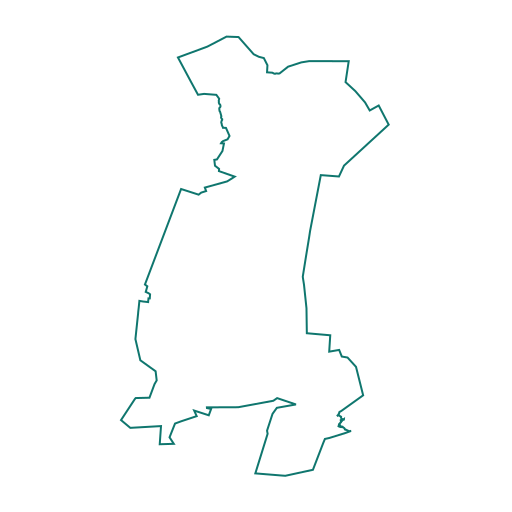 the district of Banámichi, Sonora, Mexico, rotated 94°
{"feature_id": "50627088B68944131147189", "entity_name": "Banámichi", "entity_type": "district", "adm_level": 2, "iso_a3": "MEX", "parent_name": "Mexico", "parent_adm1": "Sonora", "projection": "natural_earth1", "projection_center": [-110.155, 30.063], "detail": "fine", "context": "isolated", "style": "outline", "palette": "teal", "viewbox_px": 512, "rotation_deg": 94, "n_neighbors": 0, "source": "geoboundaries", "source_scale": "gbopen_adm2", "svg_char_len": 4297}
<svg xmlns="http://www.w3.org/2000/svg" viewBox="0 0 512 512"><g transform="rotate(94 256 256)"><path d="M86.8,333.0L99.2,325.1L97.9,319.1L98.0,306.8L101.7,303.7L103.8,304.0L104.4,303.8L105.5,303.8L106.1,303.6L106.5,303.4L106.9,303.2L107.2,302.7L107.4,302.4L107.8,302.2L108.8,301.9L109.4,301.9L110.0,302.1L110.8,302.8L111.3,302.9L111.9,302.9L112.8,302.7L113.9,302.5L114.6,301.9L116.5,301.2L119.0,300.3L119.5,300.5L120.3,300.5L120.9,300.2L121.4,299.9L121.8,299.3L122.5,299.2L123.1,299.5L123.8,299.8L124.6,299.9L125.0,300.0L125.5,299.9L126.0,299.7L126.6,299.4L127.2,299.3L127.8,299.2L128.8,298.7L129.7,298.1L130.4,297.9L130.3,294.9L138.1,290.8L141.6,292.5L143.7,296.9L144.8,298.1L146.0,298.7L146.0,295.8L153.6,296.8L162.4,301.7L163.0,304.3L168.8,303.2L171.7,298.9L173.9,298.9L178.3,282.8L179.9,284.9L183.6,290.0L191.3,311.8L194.7,310.3L196.6,315.1L198.8,317.5L194.4,335.4L292.2,364.8L293.8,362.3L297.7,363.1L299.5,363.5L300.6,360.6L301.6,359.0L305.7,359.0L305.8,360.2L305.8,360.3L306.8,360.3L308.1,360.4L309.5,360.4L309.4,362.3L309.3,364.6L309.3,365.3L309.1,367.3L308.9,369.2L309.3,369.2L315.8,369.4L320.1,369.6L321.7,369.6L347.3,370.5L368.1,364.1L378.0,348.1L387.0,346.4L390.9,348.3L404.8,352.4L406.1,366.1L407.0,366.8L429.1,379.2L436.2,369.4L432.3,338.9L450.5,338.9L449.1,324.9L442.9,329.6L428.8,325.1L426.1,319.1L419.9,304.0L414.5,306.9L418.2,292.0L411.7,290.1L411.1,294.3L410.4,294.4L408.1,263.2L399.2,228.6L396.3,225.0L401.3,205.8L406.0,224.6L412.3,228.5L429.5,232.8L432.5,232.0L472.9,241.5L473.2,214.4L473.2,211.4L465.3,184.3L437.9,175.9L433.7,174.5L432.4,170.1L426.3,154.4L423.9,149.0L423.9,149.5L424.1,150.1L424.2,150.3L424.2,150.5L424.3,150.6L424.3,150.8L424.3,151.0L424.2,151.1L424.1,151.3L424.0,151.5L423.9,151.8L423.8,152.3L423.7,152.6L423.6,152.8L423.4,153.1L423.3,153.3L423.2,153.5L423.1,153.8L423.1,154.0L423.1,154.3L423.1,154.6L423.0,154.8L422.8,154.9L422.8,155.0L422.7,155.2L422.7,155.3L422.4,155.4L422.2,155.5L421.7,155.8L421.5,156.0L421.4,156.1L421.3,156.3L421.2,156.6L421.1,156.8L420.9,157.0L420.8,157.3L420.4,157.6L420.2,157.8L420.2,158.0L420.3,158.2L420.5,158.2L420.7,158.3L420.7,158.5L420.6,159.3L420.6,159.5L420.7,159.8L420.4,160.2L420.3,160.3L420.4,160.6L420.5,160.7L420.5,160.8L420.4,160.9L420.3,161.1L420.3,161.3L420.2,161.5L420.0,161.3L420.0,161.2L420.1,160.7L420.0,160.4L419.9,160.1L419.9,159.9L419.7,159.9L419.7,160.0L419.2,160.4L419.1,160.5L419.0,161.0L418.9,160.9L418.9,160.7L418.7,160.7L418.8,160.8L418.8,161.0L418.6,161.1L418.6,161.3L418.7,161.5L418.3,161.5L418.2,161.5L417.9,161.4L417.7,161.0L417.5,160.9L417.3,160.8L417.2,160.8L417.1,160.7L416.8,160.5L416.7,160.3L416.6,160.2L416.4,160.2L416.0,159.7L415.9,159.6L415.7,159.6L415.7,159.8L415.4,159.8L415.3,159.7L415.2,159.7L415.1,159.3L415.0,159.2L414.9,159.1L414.8,158.9L414.7,158.9L414.2,158.9L414.2,159.0L414.1,159.3L414.1,159.5L414.1,159.8L414.0,160.0L413.9,160.0L413.9,159.9L413.8,159.6L413.8,159.4L413.7,159.2L413.6,158.9L413.8,158.6L413.7,158.4L413.5,158.1L413.4,157.8L413.4,157.7L413.2,157.6L413.2,157.4L413.0,157.2L412.9,157.1L412.9,156.9L412.7,156.9L412.8,157.0L412.8,157.3L412.7,157.5L412.8,157.7L412.8,157.8L412.8,158.0L412.7,158.2L412.7,158.3L412.8,158.5L412.8,158.8L412.7,159.0L412.4,159.3L411.9,159.6L411.5,159.8L411.3,159.9L411.1,159.9L410.9,160.0L410.7,160.1L410.4,160.0L410.2,160.3L410.1,160.5L410.0,160.9L409.8,161.2L409.6,161.5L409.3,162.0L409.2,162.3L409.2,162.6L409.2,162.8L409.3,163.0L409.5,163.2L409.6,163.3L409.4,163.5L409.2,163.3L409.2,163.2L408.9,163.0L408.6,162.9L408.3,162.8L408.2,162.6L407.8,162.4L407.7,162.3L407.6,162.2L407.4,162.1L407.1,162.2L406.9,162.2L406.7,162.1L406.4,162.0L406.2,162.0L406.0,161.9L405.8,161.9L405.7,161.8L405.6,161.6L405.2,161.0L404.8,160.3L387.5,139.4L359.6,148.5L350.9,157.6L350.3,163.4L343.9,166.5L346.3,176.3L329.9,176.4L329.5,199.9L304.6,202.0L281.4,206.1L274.4,207.7L273.3,207.9L253.0,206.1L233.5,204.3L227.3,203.8L170.8,197.0L170.8,193.9L170.9,178.8L159.7,174.5L115.7,132.8L97.3,144.1L102.9,152.7L95.2,157.9L84.6,168.4L76.3,178.8L55.2,177.1L57.9,216.6L59.7,224.3L64.9,237.2L72.2,245.2L72.4,245.9L72.5,246.6L72.4,248.0L72.5,248.8L72.9,249.7L72.8,250.6L72.3,251.8L72.0,252.6L72.0,253.6L72.0,257.8L64.9,257.9L58.0,262.0L57.1,267.0L54.9,272.4L38.8,288.7L39.2,300.7L50.5,319.1L63.4,347.7L86.8,333.0Z" fill="none" stroke="#0f766e" stroke-width="2"/></g></svg>